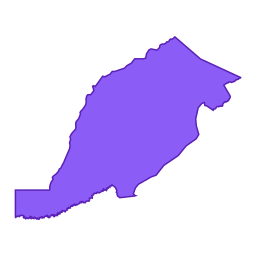 Sena Madureira, Acre, Brazil
{"feature_id": "56859067B34860614425880", "entity_name": "Sena Madureira", "entity_type": "district", "adm_level": 2, "iso_a3": "BRA", "parent_name": "Brazil", "parent_adm1": "Acre", "projection": "mercator", "projection_center": [-69.608, -9.772], "detail": "fine", "context": "isolated", "style": "filled", "palette": "violet", "viewbox_px": 256, "rotation_deg": 0, "n_neighbors": 0, "source": "geoboundaries", "source_scale": "gbopen_adm2", "svg_char_len": 5705}
<svg xmlns="http://www.w3.org/2000/svg" viewBox="0 0 256 256"><path d="M53.1,214.7L53.5,214.6L53.8,214.7L53.2,215.0L53.6,215.5L53.5,215.9L53.7,216.2L54.1,216.2L54.1,216.6L54.5,216.5L54.4,215.9L55.0,215.4L55.7,215.6L56.1,215.6L56.5,215.3L56.8,215.5L57.2,215.5L56.9,214.9L57.4,214.7L57.1,214.5L57.0,214.2L57.6,213.7L57.6,213.3L58.1,213.3L58.2,212.9L58.5,213.0L59.0,214.1L59.4,213.8L59.4,213.2L59.8,213.1L60.1,213.4L60.2,213.1L60.1,212.7L60.5,212.8L60.9,212.4L61.5,212.3L61.3,211.9L61.6,211.9L61.7,212.2L62.0,212.2L61.9,211.1L62.0,210.7L62.3,210.5L62.8,210.8L63.1,211.1L63.9,210.9L64.5,211.0L64.5,211.4L65.1,211.8L65.3,211.6L65.5,210.9L65.9,210.8L66.3,210.0L66.9,210.1L67.2,210.0L67.0,208.7L67.1,208.3L67.6,208.1L68.4,208.5L68.7,207.6L69.6,208.1L69.8,207.9L70.4,207.9L70.4,207.5L70.3,207.1L70.4,206.8L70.7,206.6L70.8,206.1L71.9,206.3L72.1,206.1L72.2,205.5L72.7,205.9L72.9,205.2L73.2,205.1L73.7,205.4L74.1,205.1L73.8,204.7L74.0,204.3L74.4,204.1L74.8,204.3L75.3,205.3L75.8,205.4L76.6,204.4L77.0,204.7L77.4,204.7L78.0,204.2L79.3,203.6L80.0,202.1L80.6,201.9L80.7,202.8L81.1,202.9L81.7,202.0L82.1,201.5L82.5,201.5L82.9,201.7L83.1,202.5L83.6,202.7L84.0,202.3L84.3,202.4L84.9,202.8L85.2,202.8L85.4,202.3L85.9,201.8L86.0,201.5L86.6,201.0L87.3,201.0L88.1,201.2L88.7,201.0L89.1,201.1L89.4,200.8L89.5,199.4L89.8,198.8L89.4,198.2L89.8,198.0L90.9,198.1L91.6,197.7L92.3,198.1L92.4,197.4L92.3,197.0L92.0,196.7L91.9,195.5L92.1,195.3L92.4,195.5L92.7,195.4L93.7,194.5L93.6,193.8L93.8,193.6L94.2,193.5L94.6,193.2L94.9,193.1L95.6,193.5L96.3,193.4L96.6,193.1L96.7,192.7L97.5,192.7L97.6,192.2L97.9,192.2L98.8,192.7L99.1,192.9L99.5,192.8L100.1,192.3L100.5,192.2L100.8,192.0L101.0,191.3L101.3,191.0L102.1,190.8L102.4,191.0L102.5,191.3L102.9,191.2L103.3,190.8L103.3,188.9L103.7,189.0L103.9,189.9L104.1,190.1L104.5,189.6L104.8,189.7L105.1,190.1L105.9,189.8L106.2,190.0L106.5,190.4L106.7,190.1L106.6,189.8L106.6,189.5L106.8,189.2L107.4,188.8L107.7,188.5L107.5,188.3L106.9,188.2L107.2,187.9L108.3,188.2L108.5,188.0L108.5,187.2L108.9,187.0L109.3,186.9L109.9,187.2L109.9,186.9L109.6,186.7L109.7,186.4L110.1,186.2L110.6,185.8L111.1,186.0L111.4,185.8L111.6,185.2L112.0,184.8L112.7,185.6L113.4,185.9L114.1,186.4L114.3,186.7L114.7,186.8L114.9,187.1L115.5,187.7L116.1,189.2L116.5,189.4L116.7,189.8L116.8,190.6L116.6,191.0L116.7,191.7L116.3,192.2L116.5,192.6L117.1,193.2L117.2,193.6L117.0,194.2L117.4,195.0L117.4,195.7L117.9,196.3L118.3,196.5L119.8,197.7L134.5,196.0L135.5,195.7L135.2,195.6L133.3,193.7L135.4,188.0L138.3,184.3L151.2,176.9L156.1,175.2L163.9,165.3L178.3,155.5L186.1,145.9L196.2,138.8L198.8,134.4L196.3,125.8L195.7,118.9L198.2,107.7L201.9,103.4L204.3,102.5L204.9,105.6L206.5,105.7L213.2,110.3L213.4,110.0L213.3,109.7L213.6,109.1L213.9,108.9L214.3,108.9L214.7,109.0L215.6,108.6L216.0,107.8L217.2,106.5L217.6,106.3L218.3,106.5L218.7,106.8L219.3,106.4L220.0,106.4L220.2,106.0L220.5,105.9L220.8,105.8L221.5,106.2L222.2,106.2L222.6,105.9L222.7,105.6L222.4,105.3L222.8,104.2L223.1,103.9L223.2,103.6L223.5,103.3L224.0,102.6L224.0,102.4L224.3,102.1L225.1,102.2L225.2,101.9L225.5,101.6L226.5,101.8L226.8,101.7L227.9,101.0L228.3,100.6L228.3,100.2L228.7,100.1L229.2,99.3L229.2,98.9L229.5,98.7L230.1,97.8L230.0,96.9L230.3,96.3L223.8,85.1L224.0,84.9L225.2,84.2L225.8,83.7L226.6,83.4L226.9,82.9L227.3,82.7L227.7,82.9L228.1,82.9L228.4,82.6L228.6,82.1L229.9,82.0L231.7,82.4L232.1,82.1L232.6,81.9L233.0,82.0L233.7,81.5L234.6,81.3L235.1,80.7L235.4,80.7L235.7,80.5L236.0,79.8L236.2,79.6L237.0,79.6L237.6,79.3L237.9,79.4L238.3,79.3L239.0,78.4L240.2,78.1L240.6,77.5L200.5,59.0L174.9,36.9L174.3,37.3L174.1,37.7L173.9,37.8L173.7,38.1L173.2,38.4L172.9,38.7L172.5,38.9L171.8,39.1L171.5,39.4L170.8,39.0L170.1,39.4L169.6,39.9L169.3,40.7L168.9,41.1L168.2,41.7L167.3,42.0L166.7,41.9L165.4,43.5L163.9,44.1L163.1,43.9L161.8,44.3L161.0,44.4L160.0,45.3L159.8,45.7L159.6,47.7L158.9,48.1L157.1,50.1L150.9,48.9L148.8,50.1L146.5,53.9L145.6,58.2L143.4,58.8L134.7,58.8L131.2,63.3L126.9,65.6L124.5,68.2L118.4,70.2L115.1,71.4L112.3,71.4L110.0,74.2L104.8,76.8L102.7,76.2L95.2,86.6L93.8,85.7L92.6,86.2L93.9,90.6L90.7,94.7L87.9,94.7L87.3,95.2L86.7,96.2L86.0,98.8L86.2,101.7L85.9,104.0L85.0,106.0L82.5,109.5L80.9,111.1L80.2,112.2L80.1,112.5L80.4,114.2L78.7,118.6L76.2,121.6L75.7,123.4L75.9,128.1L75.8,128.8L71.6,133.6L70.0,136.7L70.6,139.3L69.5,143.0L70.1,145.0L69.6,148.6L63.1,163.9L62.8,164.0L60.8,168.1L59.3,169.1L58.4,171.4L56.1,174.0L53.8,175.7L52.3,177.4L53.1,179.3L51.1,182.2L50.1,185.1L49.7,187.2L49.9,188.6L49.5,190.1L15.4,190.1L15.4,217.1L15.7,217.4L16.0,216.8L16.7,216.8L17.2,216.1L17.6,216.3L18.2,216.1L18.7,216.4L19.1,216.3L19.3,216.6L19.6,216.4L20.1,215.5L20.4,215.7L20.9,215.6L21.5,215.1L22.2,215.5L23.0,215.5L23.4,215.7L23.6,216.1L24.4,216.4L24.2,216.7L23.5,216.7L23.4,217.4L24.0,218.0L25.2,218.1L25.5,218.4L25.6,218.7L26.6,218.4L26.5,217.8L27.2,218.2L27.6,218.2L28.2,218.6L28.5,218.5L28.4,218.1L29.0,218.0L29.4,217.7L29.9,218.0L29.8,217.6L30.0,216.9L30.0,216.5L30.4,216.4L30.8,216.5L30.6,217.5L30.8,217.7L31.3,217.6L31.6,217.3L31.9,217.5L31.9,218.4L32.5,218.1L32.8,217.7L33.9,218.6L34.0,218.3L33.8,217.9L34.2,217.4L34.3,217.7L34.5,217.8L35.5,217.8L35.5,218.1L35.8,218.4L36.3,218.6L36.6,218.9L37.2,218.3L37.6,218.2L37.8,218.5L37.9,219.1L39.2,219.1L39.3,218.8L39.4,217.6L39.9,217.4L40.7,217.5L41.0,217.9L41.5,217.8L41.3,217.3L41.5,216.8L42.2,216.9L42.4,217.2L42.6,217.9L42.9,217.8L43.2,217.5L43.9,217.7L44.2,217.6L44.4,216.5L44.7,216.3L45.4,216.3L45.6,215.9L46.3,216.2L47.2,215.5L47.3,215.9L47.2,216.7L47.5,216.9L47.8,217.0L47.9,215.9L48.2,216.2L48.6,217.4L48.8,217.6L49.3,217.1L49.5,217.5L49.9,217.4L50.1,216.2L50.4,215.9L52.0,215.6L52.3,215.4L51.9,215.2L51.7,214.9L52.0,214.8L52.9,214.9L53.1,214.7Z" fill="#8b5cf6" stroke="#5b21b6" stroke-width="1.5"/></svg>